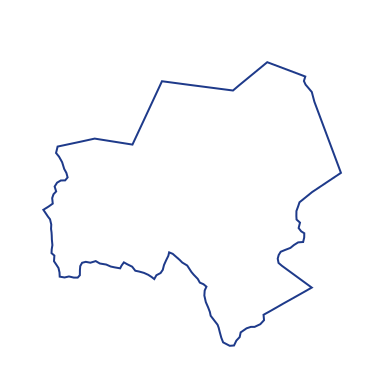 the district of Itaporanga, Paraíba, Brazil, rotated 282°
{"feature_id": "56859067B19196458255642", "entity_name": "Itaporanga", "entity_type": "district", "adm_level": 2, "iso_a3": "BRA", "parent_name": "Brazil", "parent_adm1": "Paraíba", "projection": "robinson", "projection_center": [-38.236, -7.279], "detail": "fine", "context": "isolated", "style": "outline", "palette": "blue", "viewbox_px": 384, "rotation_deg": 282, "n_neighbors": 0, "source": "geoboundaries", "source_scale": "gbopen_adm2", "svg_char_len": 1809}
<svg xmlns="http://www.w3.org/2000/svg" viewBox="0 0 384 384"><g transform="rotate(282 192 192)"><path d="M95.6,71.4L92.9,74.2L89.9,77.2L85.8,79.1L81.7,80.2L81.9,85.1L83.8,89.2L83.7,94.1L84.5,98.0L87.3,99.6L92.3,98.6L96.3,98.1L99.9,99.2L101.6,102.6L101.7,107.3L104.4,112.2L102.9,116.7L103.2,123.2L102.2,128.0L102.2,131.9L102.4,137.6L105.4,138.4L109.0,140.0L107.8,143.9L106.5,149.0L103.2,152.9L103.2,157.0L102.9,161.8L101.9,166.4L100.5,170.1L99.0,173.2L103.2,174.5L106.2,178.1L109.8,179.6L114.8,179.8L119.9,180.9L124.6,182.1L128.2,182.2L127.5,186.0L123.1,193.9L121.0,197.1L119.1,202.6L113.6,208.1L111.5,210.8L108.2,215.7L105.0,218.5L104.2,222.4L102.4,225.8L98.3,224.9L93.3,225.6L87.2,228.4L82.3,231.9L78.4,234.4L74.8,236.0L70.8,240.7L67.5,244.6L64.8,246.3L60.5,248.4L55.5,251.0L51.4,253.7L49.4,260.9L50.6,265.0L55.9,266.3L60.0,268.8L64.8,268.8L70.0,273.7L72.3,277.6L73.1,281.3L76.9,286.3L81.6,289.1L86.8,287.5L91.1,292.5L102.1,304.8L114.1,318.5L123.4,329.0L138.5,295.3L140.6,291.4L144.6,289.7L148.4,289.9L152.0,291.2L154.6,295.0L157.8,299.9L161.3,302.7L164.8,306.3L166.2,311.1L170.9,311.2L175.0,310.4L176.2,307.0L178.9,303.8L184.5,304.0L186.8,300.0L190.1,299.1L195.1,298.1L200.0,298.8L204.3,299.3L216.9,309.5L241.7,333.7L305.8,292.9L314.7,288.4L318.0,284.2L320.6,280.8L323.8,278.4L328.5,278.8L334.6,238.6L305.9,215.7L299.8,211.0L299.1,202.4L296.2,166.6L294.1,139.6L251.5,129.8L226.0,123.9L224.0,85.7L218.2,72.9L214.1,63.7L208.5,51.1L201.9,50.9L198.9,54.6L194.1,58.8L188.0,62.2L184.5,65.2L180.4,67.3L177.0,65.5L176.0,61.3L173.1,58.1L168.8,56.5L164.3,59.0L161.0,57.0L157.0,56.5L151.7,58.2L147.9,54.7L143.7,50.3L141.3,52.8L138.0,56.2L135.8,58.8L130.9,61.1L126.6,61.8L123.3,63.0L120.1,63.9L116.4,64.8L111.0,66.5L106.7,66.7L103.0,67.3L101.2,70.6L95.6,71.4Z" fill="none" stroke="#1e3a8a" stroke-width="2"/></g></svg>